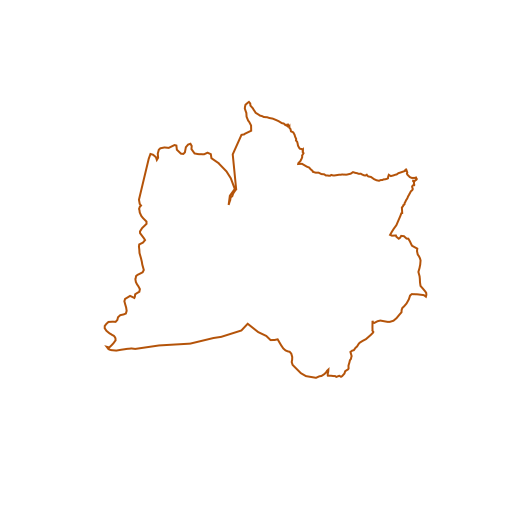 the district of Villa Talea de Castro, Oaxaca, Mexico, rotated 227°
{"feature_id": "50627088B61139638473248", "entity_name": "Villa Talea de Castro", "entity_type": "district", "adm_level": 2, "iso_a3": "MEX", "parent_name": "Mexico", "parent_adm1": "Oaxaca", "projection": "orthographic", "projection_center": [-96.231, 17.371], "detail": "fine", "context": "isolated", "style": "outline", "palette": "amber", "viewbox_px": 512, "rotation_deg": 227, "n_neighbors": 0, "source": "geoboundaries", "source_scale": "gbopen_adm2", "svg_char_len": 5723}
<svg xmlns="http://www.w3.org/2000/svg" viewBox="0 0 512 512"><g transform="rotate(227 256 256)"><path d="M400.3,243.9L377.0,208.8L373.4,206.5L371.3,206.3L371.3,204.7L370.7,203.6L370.2,202.6L369.0,202.0L367.0,200.6L363.4,199.4L360.5,199.2L355.9,199.4L354.2,197.9L354.1,191.8L353.1,187.9L351.8,186.8L349.0,186.5L345.3,186.1L343.3,185.7L342.9,182.4L344.1,178.5L342.7,176.8L340.0,174.8L337.6,172.8L332.7,170.3L329.7,168.6L327.3,167.0L322.3,164.4L321.4,162.0L322.2,159.1L323.0,156.5L323.1,154.6L321.7,152.7L321.6,152.4L321.5,152.1L318.9,150.4L316.6,149.7L314.0,149.3L311.0,148.5L309.4,146.3L310.0,143.8L310.4,141.5L308.8,139.6L308.3,138.4L310.2,137.7L312.7,136.7L313.3,133.7L313.9,131.0L312.7,128.9L310.1,127.5L306.9,125.9L304.1,124.0L302.7,121.6L303.5,119.4L305.3,116.4L305.3,113.3L303.8,111.0L303.6,108.4L305.6,106.5L308.4,103.1L308.4,100.2L308.0,97.7L306.4,96.1L303.3,95.6L300.1,96.0L299.0,96.2L297.9,96.6L296.5,96.9L294.6,97.6L293.1,97.5L291.7,97.1L290.1,95.8L289.4,92.2L289.2,89.3L289.2,86.3L291.4,84.9L288.5,84.6L287.1,85.2L285.7,86.1L283.8,87.8L282.1,89.3L279.5,93.3L277.7,95.9L276.0,98.4L274.0,100.9L273.5,101.7L270.4,104.3L256.7,124.1L236.8,148.1L225.0,169.0L220.6,175.4L211.5,194.5L211.8,199.1L212.1,203.7L198.9,205.7L190.5,209.0L184.6,209.3L181.9,212.3L180.3,215.0L173.6,213.5L169.8,212.9L166.8,213.2L164.4,214.3L163.0,215.3L160.5,215.2L157.4,213.6L155.5,211.7L154.1,209.8L151.4,208.5L139.7,208.9L134.1,210.6L126.0,216.8L124.8,220.3L123.6,222.1L123.0,225.5L123.1,227.9L123.6,229.7L123.6,231.5L122.3,230.1L121.0,228.2L119.7,227.0L119.5,226.9L118.6,227.8L117.4,229.1L115.2,230.9L114.3,231.9L112.8,232.3L111.6,235.2L109.7,235.8L109.4,237.0L109.7,240.5L110.9,242.6L110.7,244.0L110.3,246.1L110.6,247.0L112.7,248.8L113.8,250.6L114.3,251.5L115.7,253.6L116.0,255.3L116.9,256.5L117.6,257.7L121.4,259.6L121.2,261.8L120.4,263.3L121.0,266.3L120.9,268.1L121.8,271.5L121.8,273.0L121.2,276.1L120.2,279.7L120.0,286.0L120.1,289.1L120.4,290.0L122.1,290.3L122.6,290.9L123.5,291.7L124.3,292.4L129.1,297.0L127.4,296.2L126.4,296.8L125.4,300.4L124.0,302.9L118.1,307.3L116.6,308.9L114.9,312.4L114.7,316.4L115.3,320.9L115.6,324.0L117.2,325.7L118.2,327.6L118.2,330.0L118.6,333.7L120.1,338.3L122.0,341.7L121.9,343.9L117.8,348.0L113.0,352.0L111.7,352.3L110.4,352.5L111.4,354.1L112.9,355.3L114.6,355.6L118.4,355.8L121.9,355.9L124.8,357.9L127.5,360.2L129.6,361.8L133.6,363.9L135.7,367.4L137.7,370.2L140.5,373.3L142.4,374.3L144.6,375.0L146.8,375.3L149.8,377.1L151.4,379.0L153.4,378.3L157.1,377.1L159.2,377.7L161.6,378.5L164.8,379.2L166.0,378.0L169.6,377.7L171.7,375.9L171.1,373.9L171.3,372.2L174.4,371.8L175.6,372.3L178.1,369.3L180.0,368.5L181.1,372.0L182.0,375.5L182.8,379.7L184.7,384.0L186.8,388.8L188.1,391.4L187.7,392.2L192.0,395.8L192.1,397.4L192.7,398.5L192.5,399.0L192.6,400.0L193.3,400.7L193.9,402.6L194.4,403.6L194.7,405.0L195.3,406.8L195.8,407.6L196.5,410.1L196.8,410.6L196.9,411.2L197.5,412.8L197.7,413.7L197.6,415.1L197.7,415.4L197.8,415.9L198.3,416.5L198.6,416.6L200.2,417.4L200.6,418.4L200.5,419.4L199.9,420.0L200.1,420.3L201.0,420.6L201.4,421.2L202.3,421.9L203.7,422.0L203.9,422.3L202.6,423.2L202.7,424.0L202.4,425.2L202.6,426.0L203.4,425.8L204.3,426.1L203.9,427.4L204.8,425.4L206.8,423.2L208.8,422.3L212.1,422.2L213.3,422.5L213.9,423.6L216.9,424.9L217.0,424.8L217.0,423.4L216.6,422.9L218.8,418.0L219.4,416.8L219.6,415.8L219.6,415.0L219.8,414.3L220.3,413.6L221.0,412.0L221.3,411.3L222.5,409.1L223.9,408.7L224.8,408.5L224.7,408.3L224.1,407.2L223.7,406.5L222.8,405.5L223.2,404.3L224.0,402.8L225.1,401.4L225.3,400.4L226.6,398.8L227.1,397.3L229.2,395.8L231.8,394.7L232.4,394.6L235.4,394.0L237.6,392.4L238.8,392.2L239.9,392.4L240.2,391.0L241.3,390.0L241.6,389.9L243.2,389.2L244.6,388.8L244.8,388.7L245.4,387.9L246.3,387.0L247.5,386.5L249.1,385.3L250.2,384.7L251.2,384.1L251.6,381.4L253.6,377.9L254.0,377.4L256.1,375.3L256.9,374.6L257.5,373.6L258.9,372.0L260.5,369.6L261.4,368.3L262.3,367.3L263.9,366.4L264.0,366.3L264.0,365.3L264.9,364.1L265.8,363.5L266.8,362.5L267.3,362.0L269.2,361.6L271.3,359.7L274.3,358.6L276.2,356.5L278.8,355.0L279.7,355.4L282.2,355.1L284.4,355.2L286.7,354.1L292.1,352.5L292.2,352.3L292.8,351.6L293.3,351.1L294.5,349.6L295.0,350.3L295.2,353.4L295.5,354.2L295.8,354.7L295.9,355.4L296.8,357.2L297.6,357.9L298.0,358.2L298.8,360.9L299.9,361.1L301.5,362.6L301.4,362.1L302.4,362.9L304.4,361.3L305.5,361.3L307.8,361.9L308.6,362.3L309.8,363.1L311.5,364.0L313.2,364.0L314.2,365.2L316.4,365.9L318.6,367.0L319.7,367.2L320.6,367.5L321.7,367.4L322.1,367.1L323.3,366.6L325.3,367.8L327.0,367.9L327.8,368.6L327.7,368.2L329.2,368.7L329.0,368.3L329.7,368.4L329.5,367.9L330.2,368.0L329.9,367.5L331.5,367.2L331.5,366.9L332.0,366.7L333.7,366.7L334.2,366.5L334.6,366.2L334.9,365.9L335.6,365.5L339.2,364.5L341.6,363.5L345.1,361.9L347.8,359.9L350.0,358.7L350.9,357.8L352.5,356.4L353.5,356.1L354.2,355.8L356.1,354.6L357.3,354.4L361.0,353.4L362.3,353.7L365.1,354.1L365.8,354.4L369.8,354.5L371.5,355.8L373.5,355.9L373.7,354.3L373.7,353.7L373.8,351.5L372.7,349.8L371.5,348.4L369.1,347.3L367.2,346.5L364.3,344.1L360.4,342.6L358.8,342.5L354.8,341.4L350.9,337.9L353.0,331.2L353.0,330.3L354.5,328.0L346.2,308.3L318.2,286.9L318.3,286.5L317.5,282.8L317.1,281.6L315.9,279.4L316.2,277.5L316.1,277.3L315.2,276.2L314.3,275.0L313.8,273.9L312.3,271.3L312.0,270.8L317.9,278.0L319.5,286.2L330.1,290.6L338.0,292.1L348.5,291.9L349.1,291.9L349.2,292.0L357.9,290.1L361.3,292.4L364.6,291.0L365.4,288.6L365.8,287.4L369.8,283.3L372.9,281.0L378.2,281.7L380.3,284.0L382.8,284.6L383.8,282.3L383.4,278.9L380.3,274.7L380.2,272.5L382.0,270.9L387.7,270.6L391.1,273.1L392.7,272.1L394.6,265.9L397.8,263.1L400.0,259.5L400.0,257.4L397.8,253.9L394.6,251.4L393.9,249.0L396.5,250.2L400.2,249.8L402.6,248.4L400.3,243.9Z" fill="none" stroke="#b45309" stroke-width="2"/></g></svg>